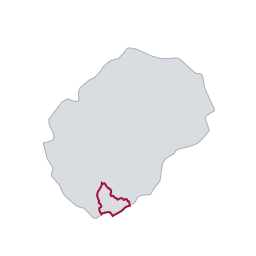 Resen highlighted on a map of North Macedonia, rotated 333°
{"feature_id": "MKD-2894", "entity_name": "Resen", "entity_type": "Statistical Region", "adm_level": 1, "iso_a3": "MKD", "parent_name": "North Macedonia", "parent_adm1": "", "projection": "albers", "projection_center": [21.045, 41.032], "detail": "fine", "context": "in_parent", "style": "outline", "palette": "rose", "viewbox_px": 256, "rotation_deg": 333, "n_neighbors": 0, "source": "natural_earth", "source_scale": "10m", "svg_char_len": 2169}
<svg xmlns="http://www.w3.org/2000/svg" viewBox="0 0 256 256"><g transform="rotate(333 128 128)"><path d="M116.2,67.5L120.1,68.0L128.5,65.5L133.7,62.1L136.4,61.6L140.0,60.3L145.1,60.4L150.3,61.8L156.9,59.8L163.3,56.6L165.9,57.3L168.8,60.0L170.6,60.7L181.6,74.5L187.6,80.1L194.7,84.3L202.7,87.3L205.6,90.2L211.0,105.1L213.6,110.7L217.0,112.3L217.8,113.9L218.0,116.1L214.5,126.6L213.4,150.2L212.5,152.1L208.5,152.1L203.2,152.7L201.2,154.5L199.3,167.2L190.7,171.0L182.9,173.2L176.3,172.8L164.7,170.0L160.9,169.7L157.7,171.5L147.4,172.5L142.9,174.8L132.4,189.7L121.6,194.8L117.9,197.4L109.6,194.2L105.6,193.9L99.9,197.7L87.4,198.1L84.0,198.8L74.3,199.4L73.9,197.3L72.1,194.3L67.6,192.9L58.4,194.1L56.1,191.9L52.4,179.3L49.5,177.3L46.2,173.1L40.7,159.4L40.6,153.4L41.0,148.2L38.0,135.9L39.9,132.8L42.8,130.9L42.8,126.0L42.1,118.5L45.5,103.8L46.4,102.7L47.3,103.5L55.5,104.7L57.6,102.8L58.9,99.9L59.4,89.2L61.4,84.2L81.1,74.8L86.9,74.4L91.3,78.8L94.8,81.5L97.0,81.4L97.7,78.6L100.1,73.3L104.1,70.2L116.1,67.5L116.2,67.5Z" fill="#d9dde1" stroke="#a8b0b8" stroke-width="1"/><path d="M74.4,199.4L74.3,196.9L73.8,195.1L72.6,194.0L69.0,192.9L65.3,192.3L65.2,192.4L65.1,191.7L65.0,191.2L65.0,190.3L65.0,189.2L65.3,188.0L65.6,186.9L66.4,186.2L67.5,186.1L68.2,186.1L68.8,185.4L68.9,184.4L68.9,183.6L68.6,182.6L68.2,182.2L68.1,181.3L68.1,180.8L68.5,180.5L69.1,180.2L69.2,179.4L69.2,178.5L69.2,177.2L69.6,175.2L70.1,173.7L70.8,172.8L71.5,171.9L72.3,171.1L74.0,170.1L75.2,169.4L76.6,168.6L78.1,167.4L79.0,166.4L79.7,165.2L80.0,165.9L80.4,166.4L81.1,166.4L81.8,166.5L82.1,167.2L82.4,169.2L82.4,170.4L82.8,171.9L83.5,173.0L83.8,173.3L83.7,173.4L83.7,173.9L84.4,174.6L84.5,175.4L84.4,176.5L83.7,177.7L83.0,178.4L82.4,178.8L82.1,179.7L82.1,180.8L82.6,181.4L83.8,181.6L84.1,181.8L84.2,182.7L84.3,183.5L84.7,184.2L85.3,184.8L85.8,185.4L85.9,186.0L85.9,186.7L86.4,187.2L87.2,187.2L88.4,187.1L89.4,187.1L90.4,187.6L91.2,188.7L91.5,189.3L91.5,190.1L92.2,190.3L92.9,190.3L93.9,190.4L94.3,190.6L94.6,191.8L94.5,193.1L95.3,193.5L95.5,194.0L95.4,194.6L95.1,195.2L94.9,196.2L94.7,197.3L94.4,198.1L91.8,197.5L89.9,197.4L84.8,199.0L74.4,199.4Z" fill="none" stroke="#9f1239" stroke-width="2"/></g></svg>